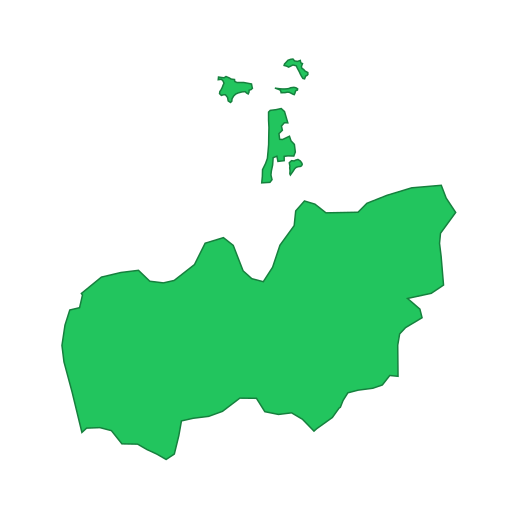 Boryeong-si, South Chungcheong, South Korea, rotated 83°
{"feature_id": "91817680B78801700081843", "entity_name": "Boryeong-si", "entity_type": "district", "adm_level": 2, "iso_a3": "KOR", "parent_name": "South Korea", "parent_adm1": "South Chungcheong", "projection": "natural_earth1", "projection_center": [126.462, 36.341], "detail": "fine", "context": "isolated", "style": "filled", "palette": "green", "viewbox_px": 512, "rotation_deg": 83, "n_neighbors": 0, "source": "geoboundaries", "source_scale": "gbopen_adm2", "svg_char_len": 2924}
<svg xmlns="http://www.w3.org/2000/svg" viewBox="0 0 512 512"><g transform="rotate(83 256 256)"><path d="M392.7,129.7L361.8,126.2L350.8,122.9L345.3,116.3L337.5,98.7L328.7,99.8L316.6,110.8L314.4,86.6L307.7,73.4L279.0,72.3L265.8,72.3L255.9,70.1L237.1,52.5L221.7,60.2L208.4,63.5L207.3,93.2L211.7,118.5L217.2,139.5L225.0,149.4L221.7,181.3L211.7,191.2L207.3,201.2L216.1,211.1L230.5,214.4L248.2,230.9L269.2,240.9L282.4,251.9L278.0,262.9L269.2,270.6L242.7,277.3L233.8,286.1L237.1,304.9L257.0,318.1L270.3,340.2L271.4,351.2L268.1,364.5L255.9,374.4L255.9,392.1L258.1,412.0L271.9,433.9L273.6,433.0L285.8,437.4L286.9,447.4L301.3,454.0L321.1,459.5L337.7,459.5L368.7,455.1L409.9,450.3L406.2,445.1L407.3,431.9L411.7,420.8L426.1,412.0L428.3,396.5L434.9,387.7L440.4,378.8L447.0,370.0L442.6,361.2L424.9,354.5L410.6,350.1L409.4,338.0L409.4,322.5L406.1,308.2L395.1,289.4L397.3,272.9L411.6,266.2L416.0,253.0L416.0,239.8L423.7,229.8L436.9,219.8L434.8,216.8L425.6,199.9L417.1,192.1L416.4,190.7L410.0,187.2L403.0,181.5L401.6,171.0L401.5,156.2L399.4,146.3L390.9,137.8L392.7,129.7ZM164.8,216.4L160.5,215.9L160.5,212.1L161.4,206.3L157.6,204.3L149.9,204.3L146.0,207.2L141.2,208.2L143.6,215.4L143.1,218.3L137.3,218.3L134.4,214.5L130.1,214.9L127.2,211.6L127.7,208.2L116.1,210.1L112.7,213.0L113.2,218.3L113.2,224.1L114.7,226.0L122.9,227.0L130.1,227.5L139.7,228.9L147.0,229.9L153.7,231.3L160.5,232.8L165.3,235.2L171.1,239.0L177.8,240.0L184.1,241.4L184.6,233.2L182.2,230.8L177.4,231.3L173.5,230.4L167.7,228.4L160.5,227.0L159.5,223.1L164.8,222.7L164.8,216.4ZM92.2,266.7L95.2,264.9L98.7,264.7L100.5,262.6L99.5,261.2L97.0,260.6L94.4,258.6L92.8,256.4L92.0,253.9L91.4,249.7L91.6,246.6L93.0,245.6L94.2,244.0L92.6,243.0L90.6,242.6L90.2,240.6L89.1,239.1L87.7,239.3L84.7,239.5L82.3,247.0L81.9,250.1L81.5,253.7L80.2,255.8L78.2,255.8L77.4,259.0L76.0,260.8L74.2,263.9L75.2,265.9L74.8,267.7L73.8,271.4L76.4,272.0L76.4,268.9L78.0,267.5L80.6,266.7L82.5,267.9L84.5,268.9L86.9,270.5L88.3,271.8L90.4,272.4L92.4,270.8L92.0,268.9L92.2,266.7ZM85.5,187.8L86.1,186.2L83.5,184.8L83.0,183.4L82.2,182.4L80.2,182.2L78.4,184.8L76.6,186.0L75.3,187.6L73.3,187.8L70.7,186.4L69.7,188.0L67.3,188.2L67.9,191.1L67.1,193.9L65.0,195.3L65.0,197.6L65.6,200.4L67.5,202.6L68.9,204.3L70.3,204.9L71.3,202.4L72.5,200.6L70.9,196.1L72.1,192.9L74.5,192.1L78.6,190.5L80.6,189.9L83.0,189.0L85.5,187.8ZM176.2,208.7L174.1,207.0L173.0,205.4L172.5,203.5L172.5,201.7L172.5,200.7L171.8,199.6L170.5,198.9L169.1,199.3L167.1,200.4L165.3,202.6L165.7,205.1L166.3,206.5L165.7,209.1L167.5,211.6L171.1,211.4L172.6,211.8L175.4,211.8L178.6,212.4L179.8,212.0L176.2,208.7ZM93.2,213.6L94.2,211.8L96.0,211.2L97.0,211.2L97.4,207.3L97.2,204.7L97.6,203.0L98.8,201.2L99.9,199.6L100.5,198.4L99.3,197.6L97.4,196.8L96.4,195.7L96.4,194.7L95.2,194.3L94.0,195.7L93.8,196.1L93.2,197.8L93.2,201.0L93.8,203.2L93.8,205.7L93.6,208.1L93.2,210.7L92.2,214.8L91.6,216.8L93.2,213.6Z" fill="#22c55e" stroke="#15803d" stroke-width="1.5"/></g></svg>